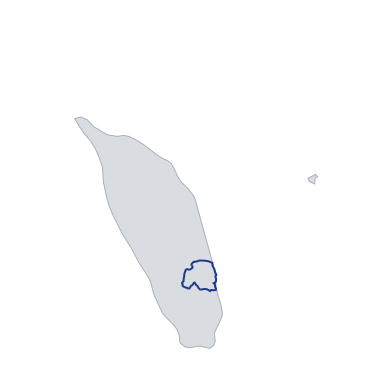 Taiwan, with Miaoli highlighted, rotated 140°
{"feature_id": "TWN-1165", "entity_name": "Miaoli", "entity_type": "County", "adm_level": 1, "iso_a3": "TWN", "parent_name": "Taiwan", "parent_adm1": "", "projection": "equal_earth", "projection_center": [120.946, 24.52], "detail": "fine", "context": "in_parent", "style": "outline", "palette": "blue", "viewbox_px": 384, "rotation_deg": 140, "n_neighbors": 0, "source": "natural_earth", "source_scale": "10m", "svg_char_len": 1946}
<svg xmlns="http://www.w3.org/2000/svg" viewBox="0 0 384 384"><g transform="rotate(140 192 192)"><path d="M244.6,268.6L241.0,277.9L238.1,287.6L236.9,296.8L237.0,306.4L236.1,315.0L234.7,323.5L229.0,321.0L225.9,314.9L225.2,304.9L221.0,292.9L219.5,289.4L213.5,282.7L208.1,279.3L203.9,274.4L204.5,274.8L201.4,268.1L199.1,260.9L194.3,240.7L192.6,235.8L190.4,231.4L189.7,227.0L190.5,222.1L192.6,214.8L193.9,207.4L192.9,197.4L193.3,187.5L194.9,183.1L222.5,122.8L229.9,110.0L234.5,103.8L238.4,96.7L242.0,87.7L246.5,79.6L249.6,77.0L265.4,69.7L270.2,62.7L274.2,60.5L278.6,60.7L281.5,64.0L284.1,68.0L286.8,70.1L293.7,74.0L296.8,77.7L298.2,84.2L294.0,90.3L291.9,95.8L291.5,101.9L292.3,110.2L292.4,118.5L287.1,137.9L281.4,150.1L279.9,156.1L278.2,171.2L274.9,186.3L272.1,205.4L267.4,225.2L264.8,233.5L261.5,241.4L253.6,256.3L244.6,268.6ZM92.8,119.4L95.4,124.6L94.3,127.9L86.2,126.1L85.8,123.0L88.8,123.6L92.8,119.4Z" fill="#d9dde1" stroke="#a8b0b8" stroke-width="1"/><path d="M222.0,124.6L223.6,122.4L224.0,121.3L224.2,119.5L224.7,118.0L226.0,115.2L226.4,113.5L226.7,112.8L228.2,112.3L228.6,111.7L228.9,111.0L229.2,110.3L230.1,109.1L231.1,108.2L232.4,107.8L234.0,108.2L233.8,106.7L234.4,105.7L235.2,104.7L235.6,103.1L235.8,102.6L236.6,102.2L236.7,101.8L238.2,102.5L239.1,103.2L239.7,104.2L240.7,104.7L241.7,104.4L241.8,104.4L242.8,107.3L243.6,108.6L244.9,109.8L247.6,111.3L248.5,112.2L248.7,113.6L248.6,114.7L248.4,115.6L248.2,116.5L248.4,117.3L248.6,118.3L248.4,119.6L248.2,120.9L249.1,121.2L250.8,120.6L252.3,120.5L253.3,120.7L256.1,119.8L257.2,120.9L257.5,122.1L258.3,122.9L259.3,125.0L259.4,126.4L258.6,127.1L258.2,128.6L257.1,129.1L255.9,129.1L255.0,129.9L254.0,131.1L252.7,132.0L250.1,134.5L248.6,135.3L246.6,136.5L245.4,136.0L244.3,134.5L243.0,133.8L240.8,133.6L239.5,134.5L239.3,136.5L238.2,137.2L235.5,137.4L232.9,135.6L231.5,135.3L229.8,134.3L226.5,131.3L225.1,129.8L224.0,128.5L222.0,124.6Z" fill="none" stroke="#1e3a8a" stroke-width="2"/></g></svg>